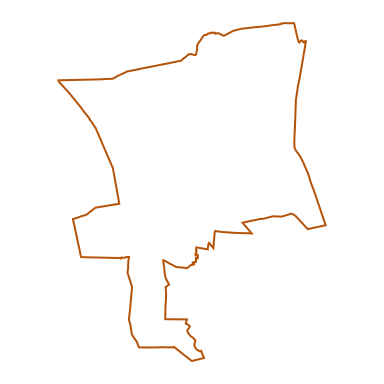 Lerma, México, Mexico (Robinson projection)
{"feature_id": "50627088B475938863267", "entity_name": "Lerma", "entity_type": "district", "adm_level": 2, "iso_a3": "MEX", "parent_name": "Mexico", "parent_adm1": "México", "projection": "robinson", "projection_center": [-99.473, 19.326], "detail": "fine", "context": "isolated", "style": "outline", "palette": "amber", "viewbox_px": 384, "rotation_deg": 0, "n_neighbors": 0, "source": "geoboundaries", "source_scale": "gbopen_adm2", "svg_char_len": 5840}
<svg xmlns="http://www.w3.org/2000/svg" viewBox="0 0 384 384"><path d="M187.0,319.5L184.5,319.4L165.2,319.2L165.5,306.1L166.0,299.5L166.1,293.7L165.6,287.0L166.0,286.8L167.3,285.9L169.1,284.5L168.3,283.0L167.7,282.0L167.4,281.4L166.0,278.7L165.4,277.2L165.1,275.3L164.7,273.3L164.5,270.7L164.3,269.4L164.2,267.2L163.8,265.2L163.1,260.4L163.4,260.1L166.8,261.9L168.2,262.8L170.2,263.9L171.3,264.4L171.9,264.7L172.7,265.1L176.0,266.9L176.6,267.0L177.3,267.1L178.0,267.1L178.8,267.3L179.5,267.3L182.5,267.6L183.7,267.6L184.2,267.7L185.2,268.1L185.6,268.2L186.2,268.2L187.3,267.8L187.8,267.6L188.2,267.3L188.6,267.0L189.0,266.7L189.3,266.4L189.6,266.0L190.4,265.4L191.0,265.1L191.4,265.0L192.6,264.7L194.2,264.3L194.0,263.7L194.0,263.1L192.7,263.1L192.7,262.4L196.1,261.9L196.1,261.7L196.0,261.4L196.0,261.1L195.9,258.1L196.1,258.1L196.1,257.6L196.8,257.6L197.3,258.0L197.3,257.4L197.9,257.4L197.8,255.1L197.2,254.8L196.5,254.7L196.2,254.9L195.5,255.0L195.7,253.6L196.2,253.7L196.4,252.3L196.1,252.1L196.4,250.4L196.0,250.3L196.4,247.4L197.8,247.6L207.8,249.4L207.8,248.2L208.2,245.9L208.3,244.6L208.4,244.1L208.6,243.7L208.8,243.4L209.1,242.9L209.5,243.3L209.8,243.7L210.0,244.0L210.5,244.8L211.3,245.6L212.5,247.0L213.4,248.1L214.0,239.9L214.2,237.8L214.2,237.7L214.3,237.3L214.5,235.2L214.6,233.2L214.5,232.9L215.2,231.0L215.7,231.1L217.6,231.4L218.4,231.5L220.0,231.7L220.3,231.7L221.1,231.8L221.3,231.8L222.0,231.9L222.7,232.0L223.3,232.1L223.9,232.1L224.0,232.1L224.4,232.2L225.5,232.2L235.4,232.9L244.1,233.2L248.0,233.2L250.4,233.4L251.7,233.4L242.5,222.7L251.9,220.6L254.7,220.2L258.1,219.4L258.8,219.2L260.2,219.0L261.0,218.9L262.2,218.9L263.6,218.7L272.8,216.3L281.8,216.6L291.2,213.7L292.4,214.0L293.5,214.6L295.6,216.0L307.7,229.1L325.6,225.2L318.9,205.3L313.6,189.7L312.4,186.8L312.0,185.7L311.5,184.3L310.7,182.3L309.7,178.6L309.2,177.0L308.5,174.8L308.0,173.4L307.4,172.0L306.4,169.8L304.6,165.8L303.5,163.1L303.0,161.8L302.5,161.0L301.9,159.8L301.4,158.8L300.9,157.8L300.5,157.0L299.8,155.9L297.7,152.8L297.3,152.4L296.8,151.8L296.3,151.1L295.7,150.2L295.3,149.3L294.8,148.4L294.5,147.4L294.5,146.1L294.3,143.5L294.4,138.6L294.5,134.1L294.7,132.8L295.2,120.1L295.3,117.5L295.9,99.8L298.1,85.2L299.5,78.7L301.8,65.4L302.5,61.4L305.1,46.2L305.3,44.8L305.5,43.4L305.9,41.3L305.5,41.0L305.2,41.1L304.8,41.5L304.8,42.2L304.6,42.5L303.3,42.3L302.9,41.2L302.2,40.8L301.7,40.3L300.9,40.7L300.0,41.7L299.5,42.5L299.3,42.6L298.7,41.9L298.2,41.0L294.1,23.3L292.6,23.1L289.4,23.3L284.9,23.1L284.5,23.0L284.0,23.2L283.4,23.4L282.7,23.3L282.2,23.3L281.6,23.8L281.2,23.9L280.8,23.8L280.4,23.9L280.1,24.3L275.9,24.8L272.1,25.2L264.7,26.3L252.0,27.5L240.5,28.9L236.9,29.9L234.2,30.6L233.4,30.7L227.9,33.7L223.8,35.8L223.0,35.4L221.3,34.6L219.9,34.1L219.4,33.5L218.3,33.3L216.9,33.2L216.2,33.4L215.7,33.7L215.3,33.8L215.1,33.6L215.0,32.8L214.9,32.7L213.5,32.6L213.2,32.9L212.9,32.9L211.8,32.6L211.0,32.7L210.6,33.0L210.4,33.3L210.2,33.2L209.8,33.0L209.0,33.4L208.7,33.5L208.3,33.5L208.0,33.5L207.7,33.9L207.0,34.5L206.7,34.8L205.4,34.9L204.7,35.0L203.9,35.5L203.2,36.2L202.7,37.0L202.1,37.8L200.4,40.4L199.8,41.3L199.0,42.1L198.3,43.2L197.7,44.5L197.3,45.2L197.1,46.1L197.0,47.0L197.1,47.9L197.2,48.8L196.9,50.0L196.5,51.9L196.4,52.9L196.2,53.8L196.1,54.4L195.7,54.8L195.2,55.1L194.7,55.2L194.2,55.1L193.8,55.0L193.4,54.7L192.9,54.5L191.9,54.3L191.3,54.0L191.0,54.0L190.6,54.0L190.0,54.3L189.5,54.5L189.1,54.4L188.8,54.3L188.6,54.4L187.9,54.9L187.7,55.1L187.2,55.6L186.8,55.9L185.4,57.2L184.5,57.9L183.4,58.4L182.9,59.0L181.9,60.0L181.4,60.4L181.0,60.7L180.4,60.8L179.9,61.0L179.2,61.0L173.2,62.3L138.3,69.2L138.4,69.4L136.9,69.6L132.1,70.5L130.6,70.8L128.8,71.2L127.0,71.5L126.1,72.0L124.9,72.6L124.0,73.0L120.8,74.5L120.1,74.8L117.9,75.9L116.9,76.3L116.2,77.0L112.4,78.8L110.7,78.9L108.8,78.9L104.7,79.0L103.0,79.1L102.4,79.3L58.4,80.3L58.4,80.7L59.2,82.0L60.1,83.0L62.0,85.1L63.9,87.2L65.8,89.3L66.8,90.4L68.6,92.4L69.6,93.5L75.1,100.2L75.9,101.3L77.7,103.5L78.6,104.6L81.3,108.0L82.1,109.2L85.0,113.0L86.0,114.1L88.7,117.6L89.6,118.7L89.6,119.6L89.8,119.7L90.8,120.9L92.2,122.8L93.7,125.2L94.8,126.8L94.9,127.2L95.1,127.3L95.5,127.7L104.5,148.7L104.6,149.0L112.9,168.2L119.3,203.7L119.0,203.8L95.9,207.6L95.5,207.6L94.1,208.7L92.9,209.7L91.2,211.0L89.1,212.7L86.7,214.5L85.0,215.2L81.4,216.2L78.1,217.5L76.2,218.1L74.9,218.5L72.9,219.1L73.2,220.4L74.0,223.9L76.4,235.0L77.1,238.5L77.8,241.8L78.6,245.5L79.5,249.5L80.1,252.8L80.9,256.8L81.6,257.2L83.4,257.2L87.9,257.3L91.4,257.4L93.5,257.4L104.9,257.7L114.2,257.9L115.3,258.0L117.3,257.9L119.1,257.9L119.8,258.2L121.0,258.5L121.3,258.2L121.4,257.6L122.0,257.6L123.4,257.8L123.9,257.9L125.2,257.5L126.3,257.2L126.9,257.0L129.0,257.0L128.6,259.3L128.4,260.8L128.4,261.2L128.1,266.1L128.1,268.7L128.0,269.3L127.9,269.7L127.5,272.6L130.8,283.0L132.0,286.7L131.6,292.5L131.5,292.9L131.3,296.0L130.7,301.5L130.7,302.4L130.5,304.8L130.3,307.2L129.6,313.2L129.2,316.6L128.9,319.2L128.9,319.8L129.0,320.2L129.2,320.9L130.4,324.5L131.7,333.4L131.7,333.8L132.4,335.2L133.7,337.4L134.9,339.2L135.0,339.5L136.6,341.3L138.6,346.6L139.1,347.4L149.2,347.5L156.2,347.4L157.6,347.4L162.6,347.2L164.7,347.3L166.9,347.3L169.2,347.3L171.1,347.3L173.6,347.3L173.9,346.9L174.9,347.6L182.5,353.7L190.4,359.9L191.6,360.8L191.9,361.0L204.0,358.0L202.5,354.3L201.8,352.6L201.2,350.9L200.5,351.2L200.1,351.3L199.8,351.3L199.3,351.0L198.7,350.6L198.3,350.5L197.1,349.7L195.6,348.3L195.0,347.0L194.7,346.0L194.5,345.4L194.4,344.2L194.5,343.8L194.5,343.6L194.9,342.4L195.3,341.6L195.4,341.3L195.3,340.9L195.3,340.3L194.8,339.6L193.2,337.9L191.8,336.9L190.8,336.4L189.4,334.5L188.4,333.3L187.8,332.4L187.4,331.3L187.4,330.7L187.7,329.9L188.0,329.1L188.5,328.6L189.2,328.0L189.5,327.4L189.6,327.0L189.7,326.7L189.7,326.0L187.3,324.4L185.8,323.5L186.3,321.5L187.0,319.5Z" fill="none" stroke="#b45309" stroke-width="2"/></svg>